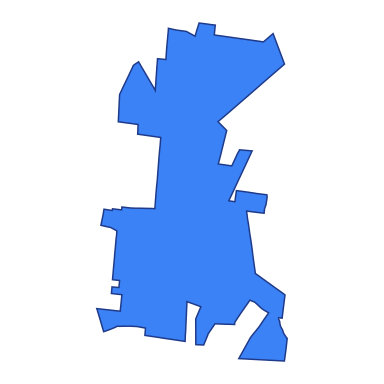 the district of Telchac Pueblo, Yucatán, Mexico
{"feature_id": "50627088B2648172559689", "entity_name": "Telchac Pueblo", "entity_type": "district", "adm_level": 2, "iso_a3": "MEX", "parent_name": "Mexico", "parent_adm1": "Yucatán", "projection": "natural_earth1", "projection_center": [-89.256, 21.219], "detail": "fine", "context": "isolated", "style": "filled", "palette": "blue", "viewbox_px": 384, "rotation_deg": 0, "n_neighbors": 0, "source": "geoboundaries", "source_scale": "gbopen_adm2", "svg_char_len": 3152}
<svg xmlns="http://www.w3.org/2000/svg" viewBox="0 0 384 384"><path d="M215.3,25.1L211.0,24.6L208.3,24.2L205.4,23.8L199.7,23.1L199.1,23.0L197.1,29.3L196.5,31.3L195.1,36.2L186.3,31.4L176.1,30.0L168.4,28.3L168.4,29.6L166.7,47.9L165.9,59.5L157.5,58.7L157.3,62.1L157.0,65.6L156.8,67.9L156.7,70.0L156.5,72.2L156.4,74.5L156.2,76.7L155.9,81.0L155.8,83.2L155.6,85.5L155.4,87.6L155.3,89.9L155.3,90.4L139.9,64.1L138.6,61.8L135.0,64.2L133.4,65.4L132.2,68.0L128.6,75.6L128.0,76.9L124.0,85.2L120.5,92.6L119.6,94.5L118.3,121.8L125.8,122.8L131.1,123.5L138.1,124.5L137.7,134.2L144.9,135.2L160.3,137.4L160.5,137.4L160.8,137.5L160.6,139.1L160.2,144.5L159.9,147.8L159.5,151.2L158.9,158.5L157.2,180.9L156.9,183.6L156.7,185.3L156.1,192.2L154.9,208.0L154.8,208.7L152.4,208.5L139.1,208.2L135.6,208.2L130.7,208.0L121.9,207.0L121.6,209.9L112.5,208.8L112.2,210.5L104.0,209.2L103.1,214.7L102.5,217.6L101.4,223.0L100.9,225.3L107.3,226.8L108.9,227.1L110.7,227.5L111.1,227.7L111.4,227.9L113.8,229.2L116.8,230.8L116.6,235.4L116.5,235.9L116.1,238.5L115.6,244.4L115.3,248.3L115.2,248.8L114.6,255.5L114.5,257.3L114.3,259.1L112.5,279.7L119.6,280.5L118.9,287.5L112.0,286.9L111.4,293.5L121.9,294.7L121.5,298.6L121.2,301.9L120.4,309.4L120.2,311.2L96.8,308.6L99.4,317.2L100.4,320.5L102.0,326.1L103.7,331.7L109.4,329.7L115.8,327.1L116.5,326.5L117.3,326.3L117.5,326.3L120.3,326.3L125.7,326.2L126.8,326.2L130.2,326.2L136.3,326.5L136.8,326.5L137.4,326.6L145.5,328.1L145.1,332.7L144.9,335.4L157.1,337.2L160.5,337.7L160.8,337.8L164.1,338.3L169.0,339.0L185.1,341.4L185.4,333.6L185.5,333.5L185.7,329.8L186.0,322.9L186.2,317.7L186.3,316.8L186.6,309.2L186.7,307.0L186.9,303.4L186.9,301.6L200.9,306.7L196.2,317.8L195.7,319.0L195.8,333.9L195.8,334.0L195.8,344.6L196.2,344.6L196.5,344.7L201.5,344.9L203.7,345.0L207.9,334.8L207.8,334.7L207.8,334.4L215.0,323.8L225.2,324.2L230.0,324.3L234.6,324.5L234.8,322.3L240.4,313.8L249.7,300.5L249.9,300.2L254.8,302.2L261.5,308.4L264.4,310.4L268.1,312.5L268.6,312.8L267.2,315.0L263.8,319.8L260.9,324.1L259.5,326.2L259.4,326.4L257.8,328.4L255.6,331.2L253.3,333.9L250.4,337.7L238.8,358.6L284.4,361.0L286.0,349.2L287.2,338.4L286.0,336.9L283.6,333.2L282.4,329.5L281.5,328.2L280.4,325.9L280.1,324.4L279.7,322.7L279.8,321.9L279.2,320.2L278.5,319.1L278.7,317.7L282.1,318.2L283.9,303.6L285.0,294.9L282.6,293.1L273.5,286.6L255.4,273.5L253.7,261.5L252.8,254.9L252.4,251.4L251.1,241.7L250.6,238.6L250.0,235.2L249.7,233.2L249.4,230.7L249.0,228.3L248.6,225.1L248.2,222.4L247.7,219.9L247.7,219.7L247.3,216.9L247.0,214.2L246.6,211.7L246.6,211.1L248.9,211.4L261.2,212.9L264.1,213.2L264.5,209.1L264.8,207.9L266.1,204.4L266.1,203.9L266.6,200.7L267.1,197.5L266.9,194.8L255.7,193.4L255.0,193.2L250.6,192.6L249.0,192.3L246.7,192.0L241.8,191.3L236.4,190.6L235.7,195.9L235.3,198.6L235.0,201.3L234.9,201.7L228.8,200.8L247.0,161.9L252.1,150.9L250.7,150.8L239.6,149.8L237.4,153.8L231.8,165.9L221.3,164.4L218.3,164.0L220.2,156.7L226.7,130.5L218.0,121.7L218.7,121.1L220.9,119.2L228.4,112.8L234.6,107.4L240.6,102.2L249.3,94.7L266.7,79.5L284.5,64.1L273.1,33.6L263.4,41.9L220.3,35.8L220.2,35.8L216.5,35.3L214.3,34.9L215.1,26.6L215.3,25.1Z" fill="#3b82f6" stroke="#1e3a8a" stroke-width="1.5"/></svg>